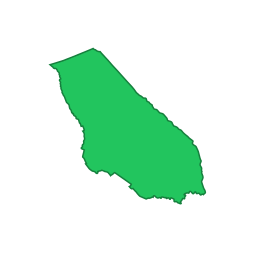 outline of Cai Nuoc, Cà Mau, Vietnam, rotated 297°
{"feature_id": "81297802B26446696948049", "entity_name": "Cai Nuoc", "entity_type": "district", "adm_level": 2, "iso_a3": "VNM", "parent_name": "Vietnam", "parent_adm1": "Cà Mau", "projection": "robinson", "projection_center": [105.034, 9.008], "detail": "fine", "context": "isolated", "style": "filled", "palette": "green", "viewbox_px": 256, "rotation_deg": 297, "n_neighbors": 0, "source": "geoboundaries", "source_scale": "gbopen_adm2", "svg_char_len": 5678}
<svg xmlns="http://www.w3.org/2000/svg" viewBox="0 0 256 256"><g transform="rotate(297 128 128)"><path d="M149.0,29.8L148.4,32.3L148.2,33.2L148.1,33.6L147.7,34.2L147.6,34.9L147.6,35.5L147.9,35.9L148.1,36.2L148.2,36.7L148.2,37.1L147.8,38.0L147.5,38.6L146.8,39.2L146.4,40.3L146.1,41.2L145.7,41.7L145.4,42.0L144.8,42.2L144.3,42.5L143.8,43.3L143.7,43.5L142.9,43.7L142.6,44.0L142.4,44.2L142.0,45.0L141.6,45.5L141.3,45.7L141.1,45.8L140.7,45.4L140.1,45.2L139.6,45.2L139.3,45.4L138.5,46.7L138.4,46.9L138.1,47.2L137.8,47.3L137.1,47.4L136.8,47.5L135.9,48.4L135.5,48.7L134.7,48.8L134.3,49.1L134.0,49.8L133.8,49.9L133.1,50.2L132.7,50.4L131.9,51.3L131.1,52.5L130.7,52.7L129.9,53.0L129.5,53.3L128.8,54.5L128.0,55.3L127.3,56.7L126.8,57.4L123.2,61.3L122.9,61.8L122.7,62.5L122.4,63.6L122.1,64.4L121.8,64.9L121.2,65.5L120.3,66.1L119.1,67.1L118.7,67.7L118.0,69.3L117.6,69.7L116.8,70.3L116.2,70.9L116.4,71.2L115.6,72.2L116.0,72.8L114.6,74.1L114.5,76.2L114.2,76.6L113.7,77.0L113.0,77.4L112.9,77.6L112.9,77.9L112.9,78.3L113.1,79.3L113.1,79.6L113.1,79.9L112.6,80.5L110.4,82.6L110.5,83.3L108.2,85.5L109.2,86.8L106.7,89.8L106.3,89.9L106.1,89.7L105.9,89.6L105.7,89.7L105.4,89.9L105.2,89.7L104.8,89.2L104.7,89.1L104.6,89.3L103.9,90.5L103.4,91.2L102.8,91.8L100.6,92.7L99.2,94.0L98.6,94.2L97.9,94.5L97.6,94.5L96.8,94.4L96.1,94.4L95.8,94.6L95.2,95.1L94.3,95.4L93.8,95.5L93.0,95.5L92.4,95.1L92.2,95.1L91.7,95.2L90.8,95.8L90.6,95.9L90.1,95.8L89.5,95.4L89.3,95.4L88.5,95.8L88.6,99.0L82.7,100.4L81.7,100.7L81.5,101.0L81.0,102.6L78.8,105.3L77.5,107.1L76.8,106.5L76.4,107.3L74.2,111.8L73.9,112.9L73.5,115.0L73.5,115.8L73.6,116.5L73.9,117.5L73.9,118.0L73.9,118.5L73.6,119.5L73.3,120.0L73.3,120.5L73.4,120.9L73.5,121.1L74.2,121.4L74.5,121.4L75.3,120.8L75.5,120.8L75.9,121.1L76.1,121.6L76.5,121.8L76.8,122.1L77.5,123.2L77.7,123.3L77.9,123.4L78.1,123.5L78.4,123.8L78.5,124.2L78.6,124.5L78.7,126.1L78.7,127.1L78.8,127.5L79.0,128.0L79.2,128.8L79.3,129.5L79.3,130.4L79.2,130.7L78.7,131.6L78.6,132.2L78.4,132.7L77.6,134.1L78.0,134.2L78.8,134.7L79.8,135.3L81.0,135.8L82.1,136.2L82.2,136.3L82.2,136.7L81.5,141.7L80.6,148.3L79.4,156.4L77.8,156.5L77.4,156.4L76.4,155.7L76.0,156.7L75.6,157.6L75.5,158.3L75.5,158.8L75.6,159.2L76.4,159.9L75.4,162.2L74.5,164.9L73.9,165.9L72.9,168.5L72.6,169.6L72.6,170.3L72.7,170.8L72.7,171.2L73.0,176.4L74.8,177.9L74.8,178.2L74.9,178.4L75.3,179.1L75.6,179.5L76.6,180.4L77.2,180.8L77.6,181.1L77.7,181.4L77.7,181.8L79.1,181.6L79.5,182.0L79.6,182.6L79.1,184.5L79.0,185.6L79.1,186.1L79.2,186.5L80.0,187.2L80.2,187.5L80.4,187.8L80.5,188.1L80.4,188.6L80.3,188.9L80.5,189.3L81.0,189.0L81.4,189.1L81.8,189.5L82.1,190.0L82.5,191.8L82.6,192.3L82.7,192.6L82.8,192.8L83.3,193.3L83.4,193.5L83.2,193.8L82.8,194.0L82.7,194.3L82.8,194.6L83.5,195.0L83.8,195.3L84.1,195.7L84.1,196.0L84.1,196.4L83.9,196.7L83.5,197.3L83.5,197.5L83.7,198.0L83.9,198.0L84.6,197.9L85.1,197.9L85.4,198.2L85.4,199.5L85.5,200.6L85.5,201.0L85.3,201.3L85.0,201.6L83.8,202.2L83.6,202.4L83.5,202.8L83.5,203.1L83.6,203.4L84.2,204.0L84.4,204.3L84.4,204.5L84.4,204.9L84.1,205.8L84.0,206.2L84.2,207.7L84.2,208.4L84.3,208.9L84.5,209.4L84.6,209.5L84.9,209.6L85.2,209.4L85.7,208.5L85.9,208.4L86.2,208.3L86.4,208.3L86.8,208.5L87.7,208.7L89.7,208.7L90.0,208.7L90.1,208.9L90.4,210.2L90.6,210.4L90.8,210.5L91.0,210.4L92.4,209.8L92.7,209.8L92.9,209.8L93.2,210.0L93.5,210.1L93.8,210.1L94.0,210.0L94.1,209.9L94.2,209.7L93.9,208.9L93.8,208.7L94.0,208.3L94.8,208.3L95.5,208.7L96.8,209.8L97.1,210.4L97.4,211.4L97.6,211.7L97.8,211.8L98.0,211.8L98.4,211.7L99.1,211.7L99.6,211.9L99.8,212.3L99.9,212.6L99.8,213.1L99.0,215.2L99.0,215.5L99.0,215.9L99.3,216.1L99.7,216.4L100.5,216.5L101.2,216.6L101.6,216.9L101.7,217.1L101.7,217.3L101.6,217.5L100.8,218.5L100.7,218.7L100.8,218.9L100.9,219.3L101.9,220.5L102.0,220.7L102.1,221.0L102.0,221.4L101.4,222.5L101.3,223.0L101.4,223.3L101.6,223.5L102.4,223.9L102.7,224.2L102.8,224.4L102.9,224.6L102.9,225.5L103.6,225.6L104.8,226.2L105.4,226.2L105.9,226.1L107.4,224.7L108.2,223.4L109.3,222.1L112.7,218.7L113.4,218.1L114.0,217.8L114.4,217.6L115.5,217.7L117.0,217.5L117.9,217.3L119.1,216.5L121.0,214.4L121.4,214.0L122.2,213.7L122.8,213.6L123.1,213.2L123.5,212.8L125.7,211.8L126.1,211.3L126.8,210.3L127.4,209.4L127.8,209.0L128.4,208.7L129.2,208.5L131.2,208.3L131.8,208.1L132.1,207.8L132.6,207.1L133.7,205.9L138.8,201.4L140.1,199.9L142.2,197.2L142.5,196.5L142.7,194.0L143.0,193.1L143.4,192.6L143.8,192.2L144.1,192.1L144.9,192.1L145.4,192.0L145.7,191.9L145.9,191.7L146.1,190.9L146.8,187.0L147.2,186.0L147.5,185.1L148.3,181.3L148.9,179.2L150.0,176.7L150.1,176.4L150.1,175.7L150.1,174.9L150.0,174.3L150.0,173.6L150.2,173.0L150.8,172.0L150.8,171.7L150.9,170.9L150.9,170.0L150.7,168.6L150.6,167.9L150.9,167.3L151.7,166.0L152.5,165.1L152.9,164.5L153.1,163.9L153.1,163.3L153.1,162.6L152.7,160.7L152.7,160.2L152.8,159.8L153.3,159.3L153.9,158.7L154.2,158.4L154.5,157.9L155.2,156.2L156.4,153.2L156.4,152.7L156.4,151.9L156.0,150.2L155.9,149.5L156.1,148.6L157.3,145.7L157.3,145.3L157.3,144.9L157.3,144.5L156.8,143.3L156.8,142.6L157.0,142.2L157.9,140.7L158.5,139.8L158.7,139.6L159.3,139.3L159.5,138.9L159.7,137.0L159.9,136.1L160.2,135.6L160.5,135.1L160.5,134.6L160.4,133.5L160.4,133.1L160.5,132.8L160.6,132.5L161.9,131.3L162.4,130.8L162.5,130.4L162.5,130.0L162.3,129.4L161.8,128.6L161.7,128.4L161.7,128.0L162.3,125.5L162.3,123.8L162.3,123.1L162.7,121.9L163.0,120.6L163.3,119.4L164.4,117.3L165.0,116.2L166.3,113.3L167.1,111.2L168.8,106.5L174.2,92.5L176.5,86.2L177.2,84.4L179.1,79.7L182.6,70.3L183.4,68.5L183.2,68.2L182.9,67.3L182.6,66.3L182.6,65.6L182.6,64.8L182.8,64.0L182.9,63.5L182.8,63.1L182.7,62.4L182.7,61.8L183.0,60.8L182.8,60.7L175.3,54.3L163.7,44.2L158.0,39.1L149.0,29.8Z" fill="#22c55e" stroke="#15803d" stroke-width="1.5"/></g></svg>